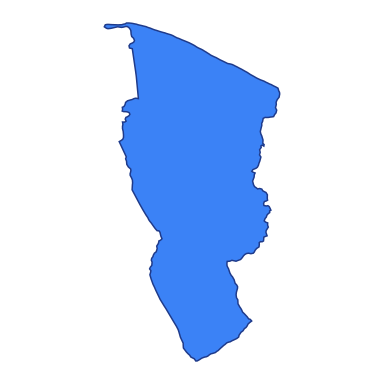 Santo Amaro do Maranhão, Maranhão, Brazil
{"feature_id": "56859067B2088980955317", "entity_name": "Santo Amaro do Maranhão", "entity_type": "district", "adm_level": 2, "iso_a3": "BRA", "parent_name": "Brazil", "parent_adm1": "Maranhão", "projection": "robinson", "projection_center": [-43.176, -2.647], "detail": "fine", "context": "isolated", "style": "filled", "palette": "blue", "viewbox_px": 384, "rotation_deg": 0, "n_neighbors": 0, "source": "geoboundaries", "source_scale": "gbopen_adm2", "svg_char_len": 4771}
<svg xmlns="http://www.w3.org/2000/svg" viewBox="0 0 384 384"><path d="M278.0,88.2L275.9,87.0L273.2,85.7L271.3,84.6L269.6,84.0L267.7,83.0L266.1,82.3L264.1,81.2L262.0,80.4L260.6,79.9L259.1,79.2L257.8,78.6L256.4,77.9L254.7,76.9L253.3,76.1L250.2,74.4L247.4,72.5L245.0,71.2L241.5,69.2L238.9,67.9L236.9,66.8L235.2,66.0L233.7,65.2L232.2,64.5L230.4,64.0L227.6,63.5L225.7,62.5L224.4,61.9L223.0,61.2L220.2,59.9L217.7,58.5L216.1,57.6L214.2,56.8L212.1,55.8L210.5,55.0L209.0,53.9L207.5,53.0L206.0,52.0L204.6,51.2L202.9,50.1L201.2,49.2L199.8,48.6L198.1,47.8L196.5,46.9L194.6,45.6L192.4,44.4L189.0,42.7L185.4,41.2L182.1,39.9L178.7,38.4L177.1,37.9L175.7,37.2L174.2,36.4L172.8,35.6L170.9,34.8L168.5,34.1L166.5,33.5L164.9,32.9L162.9,32.4L161.1,31.9L159.2,31.3L156.8,30.5L154.7,29.9L152.8,29.2L150.4,28.2L148.1,27.5L145.9,26.6L143.3,26.0L141.4,25.5L140.0,25.2L138.2,24.8L136.5,24.2L134.3,23.8L133.0,23.5L131.0,23.2L128.7,23.0L126.5,23.0L125.1,23.9L123.4,24.2L121.8,24.7L119.8,24.8L118.2,24.9L116.1,24.8L113.4,24.7L110.9,24.6L108.7,24.4L107.1,24.4L105.3,24.8L104.3,26.8L106.5,28.3L108.0,28.7L110.5,28.4L112.0,28.1L114.1,27.6L117.6,26.8L121.6,27.4L123.4,27.1L125.6,26.5L127.2,26.5L128.9,27.6L130.0,29.0L130.8,30.4L131.0,32.4L131.1,34.1L131.7,36.5L133.6,38.3L134.5,40.6L133.8,42.0L132.6,42.9L130.2,43.9L129.0,45.8L129.5,48.0L132.3,48.7L135.7,71.9L136.3,76.5L138.4,98.6L135.7,98.2L134.0,98.6L132.2,99.5L130.2,100.0L127.5,100.8L125.6,102.4L125.1,104.5L124.0,106.5L122.3,107.3L122.6,109.2L122.2,111.1L123.5,111.6L126.1,111.7L127.7,112.0L129.3,112.8L129.9,114.3L129.0,115.7L127.3,116.8L125.9,117.4L125.2,119.1L126.1,121.1L124.7,122.1L122.5,122.0L122.9,124.2L122.5,126.3L122.5,128.6L123.2,131.4L123.5,134.9L123.5,137.4L122.8,139.2L121.3,140.4L119.2,141.6L123.8,151.5L126.3,156.9L125.6,158.8L126.5,161.1L126.8,164.4L128.4,167.0L130.6,168.9L130.9,170.4L130.6,172.0L130.1,173.8L130.2,175.4L131.4,177.6L132.4,180.0L132.6,183.0L132.4,184.6L132.1,189.8L135.5,196.2L137.3,199.6L139.8,204.3L142.9,209.8L146.2,215.3L147.8,217.6L148.7,219.6L149.6,221.0L151.1,222.8L153.7,226.5L155.3,228.7L157.1,230.7L158.9,230.8L160.0,232.3L160.8,235.9L162.0,238.8L160.3,240.4L159.0,240.8L158.4,243.4L156.7,246.1L157.2,248.5L156.2,251.8L154.4,253.2L153.3,255.2L152.9,256.7L151.7,258.3L151.3,260.2L152.1,262.1L151.8,265.4L150.4,267.1L149.6,268.9L150.9,270.7L150.6,272.3L149.9,274.8L151.1,278.9L153.0,284.2L154.6,287.5L155.8,290.3L159.3,297.6L160.1,299.3L164.2,306.0L165.9,308.6L173.6,321.6L176.5,326.4L178.2,329.7L179.0,332.2L180.4,337.2L181.6,339.8L183.2,343.2L183.2,344.9L183.4,348.0L186.4,352.0L188.1,353.8L189.7,355.2L190.8,357.0L194.3,358.8L195.8,361.0L197.3,360.9L199.6,359.6L201.5,358.3L202.9,357.7L204.5,357.1L206.2,356.8L207.7,356.2L208.9,355.2L210.7,353.9L212.3,353.5L214.0,353.0L215.5,352.5L216.7,351.4L218.1,350.6L220.8,348.0L222.3,346.7L223.7,345.4L225.0,344.5L226.7,342.9L228.4,342.2L230.2,341.8L231.9,340.8L234.3,339.7L236.8,338.5L238.7,337.0L239.0,335.3L240.0,333.8L241.0,332.3L243.0,330.8L244.4,328.6L246.0,327.5L247.1,326.0L248.0,324.1L249.6,322.6L251.7,321.0L250.3,319.4L248.6,318.8L247.2,316.8L245.8,315.3L244.4,313.8L242.6,312.1L241.7,310.0L240.8,308.4L239.8,307.0L238.0,303.8L237.8,299.8L236.5,297.8L236.1,294.8L236.4,292.2L237.5,288.3L237.6,286.7L236.8,285.1L235.1,283.2L234.1,279.7L232.4,276.7L231.3,275.5L229.9,273.0L228.5,268.7L227.6,267.1L227.0,265.6L226.9,263.2L227.2,261.4L229.8,261.2L231.9,260.3L236.0,261.2L238.4,260.3L240.6,259.5L242.2,257.7L243.5,255.8L244.8,254.5L246.6,253.5L248.6,253.2L250.9,253.7L253.3,253.2L254.3,252.0L255.1,250.3L256.6,248.5L259.0,246.9L259.3,244.4L259.2,242.7L260.5,241.6L262.0,241.8L263.5,241.0L263.7,239.2L263.8,237.2L265.2,236.5L267.1,235.8L266.6,234.4L265.9,232.2L266.2,230.5L267.2,228.9L268.3,227.1L267.6,225.1L267.7,222.9L265.7,222.2L264.2,220.9L265.1,218.5L266.3,217.1L266.9,215.2L268.3,213.6L269.7,212.6L269.6,210.9L270.9,210.2L270.2,208.6L269.2,206.6L267.9,205.7L266.2,206.0L263.9,205.5L263.6,203.5L264.4,201.5L266.2,201.0L267.6,200.2L267.3,198.7L267.3,196.8L267.4,194.8L266.0,192.5L264.2,191.6L262.7,190.7L261.8,189.1L259.7,188.5L257.6,188.9L256.0,187.6L254.5,186.6L253.5,184.6L252.6,181.1L254.1,177.1L254.3,174.7L255.1,173.0L253.2,172.3L251.8,171.3L252.9,169.6L254.5,168.9L256.0,168.3L257.4,167.2L258.4,165.3L258.9,163.4L259.8,161.1L260.9,157.0L259.5,154.9L260.2,152.3L259.6,149.7L261.2,147.5L260.9,146.0L262.1,145.1L263.8,146.1L264.1,144.6L262.8,143.3L263.0,140.0L262.3,137.7L261.8,136.0L260.8,133.8L260.3,131.5L261.2,127.7L261.8,125.5L261.7,123.3L262.6,121.5L263.2,118.4L265.1,117.4L266.9,117.5L268.7,117.4L270.1,117.1L272.1,116.9L273.6,116.6L274.6,114.6L276.0,112.9L276.7,110.1L275.5,107.8L276.3,104.5L276.1,102.4L276.7,100.7L277.4,99.4L279.1,97.2L279.7,94.0L279.5,92.3L278.7,90.7L278.0,88.2Z" fill="#3b82f6" stroke="#1e3a8a" stroke-width="1.5"/></svg>